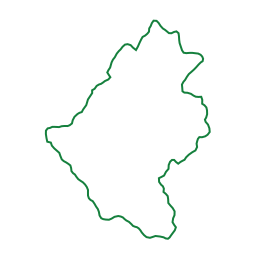 outline of Monte Formoso, Minas Gerais, Brazil, rotated 183°
{"feature_id": "56859067B56618485834346", "entity_name": "Monte Formoso", "entity_type": "district", "adm_level": 2, "iso_a3": "BRA", "parent_name": "Brazil", "parent_adm1": "Minas Gerais", "projection": "robinson", "projection_center": [-41.271, -16.882], "detail": "fine", "context": "isolated", "style": "outline", "palette": "green", "viewbox_px": 256, "rotation_deg": 183, "n_neighbors": 0, "source": "geoboundaries", "source_scale": "gbopen_adm2", "svg_char_len": 2703}
<svg xmlns="http://www.w3.org/2000/svg" viewBox="0 0 256 256"><g transform="rotate(183 128 128)"><path d="M100.3,19.5L97.4,20.6L94.9,21.6L90.3,21.3L86.7,20.7L84.6,19.7L82.3,19.5L80.7,20.9L79.5,22.9L77.7,25.6L75.9,28.3L75.0,31.4L76.8,33.6L78.6,36.3L78.2,40.2L77.0,43.4L77.1,47.2L79.2,50.4L81.6,52.8L83.8,55.2L84.2,59.2L84.8,62.1L86.8,64.2L89.2,66.0L89.0,69.3L90.1,71.6L92.0,73.1L94.1,75.8L94.5,79.5L92.5,80.6L89.5,82.4L87.8,86.2L85.4,89.3L85.4,93.2L84.2,96.5L82.4,98.4L80.2,98.5L78.3,96.6L76.0,95.0L73.9,96.8L71.7,98.2L69.9,99.2L68.4,101.8L65.9,104.5L62.5,107.2L59.5,109.1L58.0,112.6L58.7,116.0L58.2,118.5L57.6,120.8L56.3,122.6L53.5,122.7L50.5,123.7L48.2,125.4L46.2,128.3L46.7,131.9L48.3,135.6L50.8,138.2L51.6,140.4L50.5,142.5L49.7,145.9L50.0,149.7L50.8,152.6L52.8,154.7L55.2,156.1L55.3,160.0L56.5,163.0L59.3,162.7L62.0,162.8L64.3,163.8L66.9,165.4L70.5,166.3L73.6,166.3L75.5,167.5L75.9,170.8L76.4,174.2L75.0,177.1L73.5,179.0L71.9,182.1L70.1,185.0L67.7,187.3L65.1,189.9L63.1,192.2L60.8,195.1L58.8,197.3L57.0,198.6L56.6,201.0L57.6,203.2L59.3,204.9L61.8,206.0L64.9,206.2L67.9,206.4L70.8,206.2L73.8,205.8L76.4,206.1L78.1,208.4L79.6,212.2L80.9,215.5L81.5,218.7L81.9,222.2L82.5,225.3L84.7,227.0L87.1,226.3L89.6,224.9L92.1,224.9L94.2,226.5L96.1,227.9L98.4,229.2L100.9,231.7L102.9,234.5L105.1,236.5L108.1,236.5L109.7,233.9L110.7,230.9L112.0,228.6L112.1,225.3L113.6,223.2L115.7,221.2L118.2,219.7L119.4,217.3L120.8,214.0L122.4,209.8L124.1,206.3L127.2,208.5L129.7,210.9L132.8,211.7L135.4,211.1L137.7,208.8L139.5,206.1L141.2,204.3L143.1,201.7L144.9,197.9L146.6,195.5L147.8,192.7L148.5,189.7L149.0,187.4L150.5,184.9L151.6,182.4L150.0,180.1L148.3,177.8L150.2,175.4L153.5,173.7L155.2,172.2L157.2,170.7L159.3,169.9L161.5,168.4L163.4,165.4L165.8,163.8L165.6,161.0L167.3,158.1L169.5,154.4L170.2,151.4L170.9,148.6L172.4,146.3L173.8,144.1L175.0,141.5L177.3,140.6L179.2,139.3L182.0,136.4L183.6,132.9L184.2,129.6L186.4,127.7L188.4,126.8L191.5,126.7L194.3,126.3L196.9,125.3L200.4,125.3L203.6,125.2L205.9,124.0L208.2,123.4L209.8,121.1L209.7,117.7L208.9,113.8L207.9,110.1L204.3,109.4L203.1,106.4L200.6,103.8L197.7,101.5L195.3,99.6L194.1,96.6L192.5,93.2L190.5,91.6L187.8,90.3L185.6,89.0L183.6,87.6L182.7,85.0L182.2,82.0L180.5,80.0L178.6,78.8L177.0,76.6L175.0,74.3L172.3,72.6L170.2,71.4L167.9,69.3L166.0,66.8L164.7,64.0L164.6,61.5L164.4,58.4L163.4,55.8L161.7,54.2L159.4,53.1L157.5,50.6L155.7,47.8L153.9,45.5L152.7,42.8L151.8,39.1L150.0,36.5L148.0,35.7L145.4,35.4L142.2,35.4L139.7,36.6L136.8,38.6L133.1,39.6L130.5,39.2L128.4,38.4L126.7,36.9L124.9,35.6L122.1,34.3L119.5,32.1L117.9,30.5L115.9,29.8L113.9,29.4L112.0,28.3L110.2,26.4L108.8,24.4L106.4,21.9L103.8,20.0L100.3,19.5Z" fill="none" stroke="#15803d" stroke-width="2"/></g></svg>